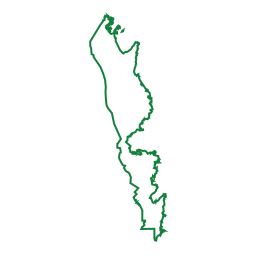 Surigao del Sur, Surigao del Sur, Philippines (Equal Earth projection)
{"feature_id": "2640588B11290582279728", "entity_name": "Surigao del Sur", "entity_type": "district", "adm_level": 2, "iso_a3": "PHL", "parent_name": "Philippines", "parent_adm1": "Surigao del Sur", "projection": "equal_earth", "projection_center": [126.233, 8.71], "detail": "fine", "context": "isolated", "style": "outline", "palette": "green", "viewbox_px": 256, "rotation_deg": 0, "n_neighbors": 0, "source": "geoboundaries", "source_scale": "gbopen_adm2", "svg_char_len": 5906}
<svg xmlns="http://www.w3.org/2000/svg" viewBox="0 0 256 256"><path d="M91.5,54.0L93.5,55.0L93.6,57.0L100.4,66.9L103.1,73.4L105.1,80.0L105.8,87.1L105.5,92.0L105.9,99.0L106.6,105.3L107.9,108.0L111.9,113.2L114.1,123.7L120.9,138.9L118.0,143.3L117.3,143.7L117.3,147.7L120.1,148.1L120.8,152.3L119.6,153.3L119.0,157.9L121.3,162.7L123.1,165.3L125.1,165.7L124.0,168.0L125.9,171.1L128.0,172.2L129.3,173.4L130.9,177.4L130.4,183.1L138.3,188.1L134.7,192.1L136.6,194.2L133.6,197.2L134.9,200.1L135.7,200.0L135.5,200.9L136.8,201.5L136.5,202.2L137.1,201.9L136.7,203.0L137.0,202.7L137.3,203.4L137.6,203.0L138.2,203.4L138.8,204.5L139.0,204.0L139.7,204.9L142.3,210.3L142.3,220.7L145.1,220.6L145.1,221.7L143.7,223.0L144.4,225.1L141.9,227.4L141.3,229.0L154.4,228.8L154.4,238.6L154.9,240.2L156.2,240.6L156.7,237.4L158.1,235.6L159.8,235.1L160.3,235.6L162.0,232.0L162.5,232.2L163.1,231.0L163.9,231.3L164.0,230.7L164.8,230.7L163.8,230.1L163.4,230.8L162.8,230.0L161.2,231.4L161.7,229.8L161.1,229.9L161.2,229.6L161.4,229.5L161.3,229.4L160.5,229.7L160.7,228.9L160.2,228.6L160.2,227.7L160.7,227.7L160.9,226.9L161.6,227.4L161.9,226.8L161.1,226.1L160.9,224.4L161.8,221.9L160.9,221.6L161.4,220.9L161.9,221.3L161.7,220.2L162.5,219.0L163.1,216.5L163.5,216.5L163.9,215.5L164.9,215.9L164.8,215.2L165.1,215.1L164.4,214.6L163.2,214.9L162.3,213.2L162.6,212.5L163.1,212.8L163.8,211.2L163.3,209.0L163.5,208.1L163.0,206.9L163.5,205.9L164.3,205.5L164.4,203.1L163.7,200.5L164.4,199.5L164.0,198.9L164.2,198.2L165.0,197.5L164.4,196.6L165.1,195.9L165.8,196.2L165.5,194.2L164.8,194.5L163.6,194.0L163.0,195.5L159.8,198.1L158.8,199.9L157.4,201.0L157.1,200.1L157.2,201.1L156.3,201.3L156.1,200.8L155.8,201.8L155.6,201.2L154.9,201.3L154.6,202.3L153.6,203.0L152.5,202.1L150.8,197.3L150.2,198.2L149.8,198.1L151.1,195.2L153.0,193.3L154.1,193.1L156.0,190.7L156.1,189.8L157.7,187.4L157.2,186.0L156.7,186.2L156.9,185.2L155.8,185.1L155.6,184.5L154.5,185.0L152.2,184.4L151.7,181.9L153.0,181.4L152.2,181.2L152.0,180.5L152.5,180.2L151.7,180.0L151.9,179.6L150.9,178.9L151.1,178.2L153.0,177.1L153.0,176.4L153.8,177.4L153.7,176.1L154.8,176.6L155.0,174.0L156.4,173.3L156.4,171.5L157.4,170.8L156.7,169.7L156.8,167.6L155.7,168.5L154.0,168.1L155.0,166.1L154.6,165.3L155.3,164.2L154.9,163.8L155.6,163.2L154.7,162.1L155.0,161.9L155.6,162.7L156.3,162.0L155.6,161.8L156.4,161.7L156.7,161.9L156.5,162.5L156.9,162.7L159.3,162.5L158.4,161.9L159.0,160.9L157.8,160.3L158.5,158.9L159.3,158.9L158.3,157.5L158.3,156.1L154.3,155.1L155.7,152.5L155.4,151.5L154.7,151.0L153.3,151.8L153.0,152.6L153.6,152.8L152.9,153.7L152.6,153.6L152.5,152.8L151.5,152.6L150.7,153.4L150.7,152.5L150.3,152.4L147.7,153.7L147.0,152.4L145.0,150.7L142.7,151.0L139.1,149.6L137.0,150.4L137.1,151.3L139.3,152.1L139.8,151.9L140.0,152.8L140.0,152.4L141.1,153.1L141.3,154.1L140.6,154.1L140.4,154.7L137.7,154.1L134.6,152.0L134.1,152.1L134.7,153.1L134.2,152.8L134.6,153.5L134.1,153.2L133.5,153.9L132.3,153.7L131.9,153.2L132.3,153.4L132.5,153.3L132.1,152.6L130.2,151.8L130.0,149.3L129.1,148.4L129.3,147.5L130.2,147.3L130.5,146.1L125.9,142.0L127.5,140.3L127.5,137.1L128.3,137.1L128.2,136.5L128.6,136.3L129.7,136.3L130.2,135.4L130.7,135.9L131.0,134.7L132.0,134.4L131.6,133.5L135.4,132.1L137.1,129.5L138.9,129.9L139.8,130.6L143.1,130.1L143.0,129.4L141.8,129.6L140.9,128.2L140.3,128.4L139.7,127.9L139.8,124.6L141.2,123.2L141.8,123.8L142.4,123.7L142.7,122.5L142.2,122.0L142.5,120.5L143.4,120.2L144.1,119.0L144.3,119.8L145.4,118.8L147.8,119.1L148.5,117.6L149.2,117.7L149.1,114.3L149.5,114.6L149.7,113.3L151.1,112.7L151.9,111.6L151.2,110.6L150.5,110.4L150.5,109.8L152.6,109.4L151.4,105.2L150.8,105.3L150.5,104.2L149.7,103.7L150.3,102.5L150.8,102.5L150.5,102.1L150.8,101.6L151.6,101.4L151.3,99.2L151.6,98.2L151.3,97.9L150.2,98.7L150.1,97.3L149.3,97.0L149.3,98.0L148.8,98.1L148.0,97.1L148.3,96.2L149.7,96.3L150.1,95.8L149.7,93.0L147.9,91.0L147.8,90.1L147.3,90.1L147.0,91.3L145.9,91.0L146.4,89.1L145.7,88.9L142.8,84.5L142.4,84.7L142.9,85.2L142.2,85.5L140.9,84.1L141.2,83.6L142.1,84.7L142.4,84.2L139.6,79.5L139.0,77.7L139.4,76.7L138.6,76.4L138.4,74.3L137.8,74.8L138.1,73.9L137.6,74.5L137.8,75.6L136.4,75.4L135.1,74.5L134.0,71.8L134.9,67.5L135.6,66.1L135.8,64.2L136.2,63.9L136.0,62.5L135.6,62.1L136.3,59.5L135.7,57.9L136.2,57.3L136.1,56.1L136.9,55.5L136.2,53.1L136.4,51.9L137.7,49.8L137.4,49.2L138.1,48.3L137.6,47.7L137.4,45.7L138.1,45.5L138.4,44.4L139.1,44.1L139.1,43.2L138.6,42.8L137.8,43.2L137.2,42.2L136.4,42.6L136.2,43.4L136.1,42.7L135.4,43.1L135.2,42.7L133.7,45.6L132.6,46.4L131.0,49.2L127.7,51.6L126.4,52.1L125.5,51.8L123.2,53.5L120.0,50.1L115.6,40.9L115.8,38.7L115.4,38.4L115.8,38.0L114.6,36.8L114.3,34.8L114.6,33.4L116.0,32.8L115.5,31.2L116.0,29.3L115.3,29.4L114.3,30.7L114.2,32.9L111.1,34.0L110.1,33.1L109.9,32.0L110.2,32.0L110.7,31.8L109.9,31.8L109.9,31.4L110.2,31.5L110.3,31.4L110.1,30.5L109.5,31.6L108.6,31.6L108.4,30.0L106.6,28.4L106.7,28.1L106.7,27.9L106.5,28.4L106.0,27.9L106.2,25.8L107.5,24.9L108.1,25.2L108.5,24.2L109.2,24.6L109.1,23.6L109.6,23.4L109.3,23.9L109.9,24.5L111.0,23.4L111.5,24.4L112.4,23.9L113.0,22.8L112.7,22.3L111.9,22.3L113.2,19.6L113.3,18.5L111.8,17.8L112.1,19.9L111.6,20.5L110.8,19.2L110.7,21.2L111.6,23.1L111.3,23.3L110.0,21.9L109.6,19.4L108.5,19.2L109.1,17.8L108.5,16.2L107.5,15.4L107.9,16.6L107.6,17.0L106.5,16.1L105.8,16.1L105.4,16.8L105.0,16.1L104.5,17.0L104.5,20.1L103.0,20.3L103.1,21.1L100.2,25.1L90.2,41.5L90.3,46.1L91.2,48.6L91.5,54.0ZM118.6,25.5L117.5,26.3L116.4,28.3L117.6,27.8L118.2,28.4L117.6,28.8L118.7,29.5L118.3,28.9L118.7,28.8L118.3,28.7L118.5,27.9L119.9,28.1L119.9,26.8L118.6,25.5ZM110.6,27.5L108.4,27.8L109.0,28.1L108.9,29.1L109.9,28.1L110.5,28.6L110.3,29.3L109.6,29.2L109.6,29.5L110.9,29.1L111.1,28.8L110.6,27.5ZM123.3,30.1L122.2,31.0L121.9,31.7L123.0,31.3L123.3,30.1ZM108.3,27.1L107.9,27.3L107.6,28.2L108.3,27.7L108.3,27.1ZM117.1,32.6L116.7,33.0L116.7,33.6L117.2,33.6L117.1,32.6ZM137.9,54.1L137.5,53.5L137.4,53.6L137.9,54.1Z" fill="none" stroke="#15803d" stroke-width="2"/></svg>